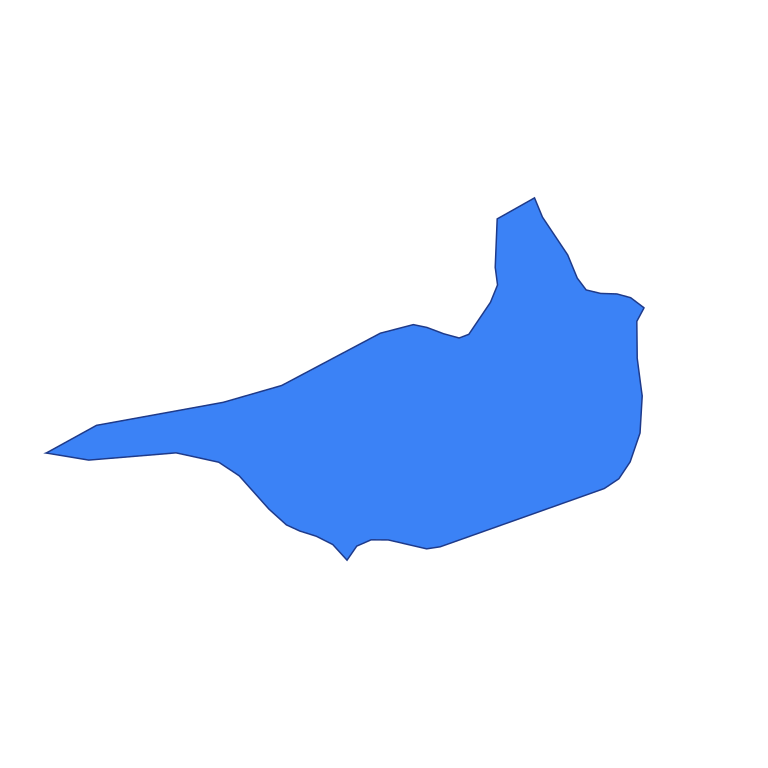 map outline of Iligan (Robinson projection), rotated 122°
{"feature_id": "PHL-5530", "entity_name": "Iligan", "entity_type": "Highly Urbanized City", "adm_level": 1, "iso_a3": "PHL", "parent_name": "Philippines", "parent_adm1": "", "projection": "robinson", "projection_center": [124.411, 8.192], "detail": "fine", "context": "isolated", "style": "filled", "palette": "blue", "viewbox_px": 768, "rotation_deg": 122, "n_neighbors": 0, "source": "natural_earth", "source_scale": "10m", "svg_char_len": 807}
<svg xmlns="http://www.w3.org/2000/svg" viewBox="0 0 768 768"><g transform="rotate(122 384 384)"><path d="M146.4,355.0L158.5,338.1L177.2,296.6L191.8,276.2L197.1,262.4L192.4,248.3L184.2,234.2L180.1,220.5L181.6,203.9L182.0,203.8L196.9,202.8L227.2,183.4L227.5,183.3L252.9,162.4L257.3,158.7L289.9,140.9L319.6,134.0L339.9,134.6L355.9,141.8L390.7,169.4L492.3,250.1L501.2,260.5L514.0,297.8L523.0,312.4L535.9,321.2L553.0,322.0L547.3,342.3L549.0,360.8L553.3,377.4L555.2,392.1L551.1,415.2L538.6,458.1L537.9,482.7L552.6,523.9L605.0,594.1L621.6,634.0L621.2,633.7L571.4,605.9L484.8,510.7L439.5,470.0L342.8,414.0L318.1,390.6L313.3,377.6L309.8,360.1L305.2,344.7L296.9,338.4L258.3,337.0L239.8,340.2L239.6,340.4L227.8,350.1L226.3,351.4L184.0,375.5L146.4,355.0Z" fill="#3b82f6" stroke="#1e3a8a" stroke-width="1.5"/></g></svg>